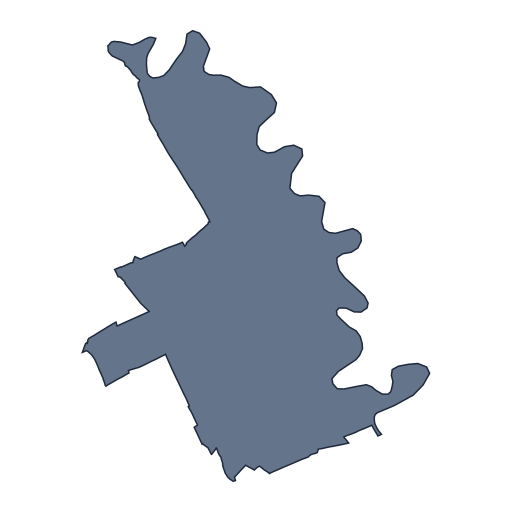 Rachiteni, Iasi, Romania
{"feature_id": "2599482B67197687394814", "entity_name": "Rachiteni", "entity_type": "district", "adm_level": 2, "iso_a3": "ROU", "parent_name": "Romania", "parent_adm1": "Iasi", "projection": "orthographic", "projection_center": [26.897, 47.06], "detail": "fine", "context": "isolated", "style": "filled", "palette": "slate", "viewbox_px": 512, "rotation_deg": 0, "n_neighbors": 0, "source": "geoboundaries", "source_scale": "gbopen_adm2", "svg_char_len": 5970}
<svg xmlns="http://www.w3.org/2000/svg" viewBox="0 0 512 512"><path d="M377.9,436.0L381.5,434.3L378.7,431.0L376.6,427.5L374.9,423.8L374.3,420.3L374.3,417.3L375.1,414.7L377.3,412.7L381.8,410.8L394.2,405.6L413.1,395.2L423.0,385.1L429.1,374.4L429.6,373.2L426.6,367.0L417.8,363.5L408.5,364.3L398.4,366.2L392.2,369.6L391.4,375.5L392.9,381.3L392.2,386.2L390.8,391.7L387.9,394.2L382.3,394.1L376.1,390.5L371.7,386.8L366.4,384.7L357.3,386.3L343.9,389.0L337.3,388.8L332.9,383.8L331.9,378.7L338.5,371.3L355.9,359.7L359.6,355.3L362.5,348.5L362.1,343.1L360.2,336.5L356.2,330.9L349.3,327.0L341.1,319.4L337.0,315.1L336.5,310.8L339.0,308.0L346.1,308.1L354.2,311.9L361.0,312.1L367.1,307.9L368.1,303.1L364.4,296.0L355.0,287.1L344.9,277.9L339.3,270.7L336.9,262.7L337.0,257.7L342.6,253.8L351.4,252.2L357.8,248.0L361.3,241.1L360.7,234.4L357.3,230.7L352.7,228.6L335.5,233.3L328.9,232.5L323.8,229.1L321.6,221.5L323.7,209.8L325.0,202.6L319.0,196.3L308.7,195.1L300.1,195.9L294.5,193.6L289.9,188.2L291.6,173.4L297.8,163.6L302.6,156.0L301.9,149.0L293.8,145.2L284.5,146.7L274.5,152.2L267.5,153.0L260.2,150.0L256.8,144.5L257.0,134.7L259.2,126.6L266.2,119.9L274.4,112.5L276.5,102.9L271.4,94.6L260.5,86.9L249.8,87.6L242.8,86.1L234.2,81.0L229.3,77.5L227.5,76.9L220.9,75.1L213.5,75.2L208.9,74.5L204.1,71.4L203.4,66.2L205.8,59.7L209.7,49.0L206.5,42.1L199.6,33.2L192.7,30.7L187.0,34.1L185.6,43.6L182.6,51.3L176.6,59.0L172.7,64.7L169.3,69.8L163.8,75.5L158.7,77.4L152.9,78.0L149.7,76.3L147.4,73.4L146.9,69.7L146.4,63.7L146.7,57.7L148.1,53.4L153.3,44.5L155.8,38.4L152.1,37.4L149.2,37.3L144.6,39.3L139.5,42.3L132.5,45.0L126.5,43.5L120.6,42.0L114.0,41.4L113.5,41.5L111.5,42.0L110.1,43.4L109.0,44.8L107.9,45.8L108.1,47.8L108.2,49.2L108.1,50.2L108.4,51.4L109.1,52.5L110.4,54.1L112.5,56.2L113.4,56.5L119.0,59.2L123.0,61.0L124.5,62.5L124.7,63.8L125.4,65.9L126.8,66.4L128.1,67.5L129.1,68.6L130.7,70.4L131.6,72.0L132.3,73.2L133.7,74.8L135.5,75.9L136.0,76.8L136.8,77.7L137.2,78.1L138.8,79.2L139.3,79.7L139.5,80.5L139.4,81.6L138.5,82.1L138.3,82.7L138.2,83.9L138.5,86.3L139.3,88.4L140.0,90.5L140.9,92.3L141.4,93.6L142.3,96.0L142.8,97.7L143.5,99.9L143.9,101.2L144.4,103.0L144.9,104.7L145.6,106.4L146.1,108.0L146.5,109.3L147.0,110.7L147.7,112.4L148.3,113.9L148.9,115.6L149.4,117.5L149.3,119.3L150.6,121.6L152.5,124.9L153.9,127.1L154.5,128.2L155.2,129.4L156.4,131.3L157.2,132.6L158.1,134.0L157.5,134.5L158.0,135.5L158.6,136.5L159.0,137.2L160.2,139.3L161.2,141.0L162.4,142.9L163.6,144.9L164.9,147.3L166.3,149.7L167.4,151.7L168.7,153.9L170.1,156.1L172.5,159.7L175.1,163.7L177.2,166.8L179.8,171.1L181.3,173.6L183.3,176.8L184.1,178.3L186.0,181.2L189.3,186.7L191.6,190.1L191.9,190.0L192.7,191.2L193.4,192.6L194.1,193.7L195.4,196.2L196.0,197.3L197.0,198.6L197.7,199.7L199.0,201.8L200.8,204.8L202.4,207.6L204.7,211.4L205.4,213.3L206.5,215.1L209.2,220.2L209.8,221.7L209.3,221.6L208.5,222.0L208.2,223.0L208.2,223.7L205.8,225.9L203.3,228.3L201.3,229.9L200.7,230.3L199.7,231.3L197.4,233.4L196.2,234.6L195.4,235.4L192.6,237.4L191.9,238.0L188.1,241.4L186.3,243.2L186.7,243.9L184.8,246.2L182.4,242.2L180.0,243.3L178.3,244.0L173.2,245.9L172.4,246.2L171.5,246.5L169.9,247.1L168.7,247.4L167.5,248.0L164.5,249.1L163.4,249.6L160.8,250.9L158.8,251.7L156.9,252.4L156.2,252.7L155.1,253.2L153.5,253.8L152.5,254.1L150.1,255.1L148.9,255.6L143.4,257.9L140.8,259.2L134.9,256.6L134.5,257.5L133.9,259.1L133.4,260.3L133.1,261.0L132.8,262.7L131.4,262.8L130.7,262.9L128.2,264.1L126.4,264.9L124.2,265.9L122.7,266.5L121.2,267.2L120.8,266.9L114.6,269.5L114.9,270.0L116.7,273.6L118.0,276.6L120.1,277.1L125.3,282.4L124.9,283.4L131.2,291.3L135.3,296.5L140.8,303.4L149.2,311.5L125.4,322.2L124.7,322.5L124.0,322.8L122.8,323.4L117.1,326.0L116.0,322.1L112.9,323.8L107.7,326.9L104.4,329.0L101.0,331.0L97.3,333.3L94.5,335.1L89.2,338.2L88.8,338.4L88.3,339.1L87.9,340.0L87.8,340.8L87.8,341.2L87.6,342.7L87.3,343.2L86.8,342.6L85.6,343.6L84.7,345.8L82.4,352.4L86.1,350.8L86.6,350.9L87.6,351.2L88.1,351.6L89.2,352.6L90.5,353.8L91.8,355.1L93.4,357.3L94.7,359.3L95.8,361.6L97.5,365.4L98.3,367.3L98.9,369.0L99.5,370.6L100.1,371.7L101.1,373.9L102.1,376.2L102.9,377.8L103.1,378.2L103.2,379.5L104.0,381.1L104.6,383.1L104.9,384.1L105.2,385.3L106.0,386.2L107.0,385.4L109.5,383.9L113.9,381.4L118.0,379.0L122.2,376.9L124.4,375.6L126.6,374.3L129.0,373.0L128.4,370.5L135.6,368.3L137.4,367.8L138.8,367.4L144.7,364.7L151.4,361.3L155.4,359.5L159.3,357.5L162.0,356.1L164.0,355.2L165.5,354.2L166.7,357.1L169.8,364.1L172.7,370.6L176.4,378.4L180.1,386.1L181.2,388.4L184.2,394.7L185.7,397.6L187.2,401.0L189.3,406.0L188.2,406.7L189.8,409.5L191.1,411.6L192.4,414.2L196.6,423.2L197.3,424.6L197.5,424.9L197.4,425.1L194.8,426.9L194.2,427.3L198.2,435.8L200.3,440.4L202.1,444.2L202.5,443.8L207.7,447.6L207.9,447.6L210.7,453.1L211.4,454.4L211.7,454.3L212.6,453.2L214.1,451.1L215.3,449.7L216.2,448.0L216.7,448.4L216.8,448.7L217.1,449.8L217.6,450.8L217.8,451.6L218.1,452.7L219.4,455.2L220.7,456.9L221.1,457.6L221.2,458.2L221.3,459.0L221.6,460.0L222.0,461.2L222.2,461.7L222.5,462.7L222.7,464.9L223.0,466.7L224.1,469.9L225.5,473.7L226.5,474.9L227.5,476.8L228.4,477.8L230.2,479.4L232.5,480.8L233.2,481.3L233.8,481.0L235.5,480.6L234.5,477.1L235.1,476.6L236.6,474.9L239.3,472.0L240.9,470.2L245.6,465.3L254.4,470.0L257.1,467.4L259.6,466.1L263.8,469.6L268.9,472.9L269.3,473.6L270.2,473.1L272.1,472.2L274.5,471.1L276.8,470.2L278.1,469.6L279.4,469.0L280.4,468.6L281.9,467.9L284.1,466.9L287.8,465.4L294.6,462.5L299.0,460.6L302.7,459.0L305.6,458.0L308.5,456.8L308.9,456.2L310.0,455.4L311.2,454.5L313.0,453.9L314.3,453.7L317.2,452.7L318.4,449.1L320.8,448.8L324.4,448.0L328.0,447.2L331.1,446.6L333.3,446.3L335.3,445.8L337.8,445.4L348.2,443.2L348.7,443.0L343.8,437.0L343.8,436.9L344.5,436.6L345.9,436.0L347.0,435.5L348.1,435.1L350.3,434.4L353.0,433.4L354.7,432.7L356.5,431.9L358.0,431.1L360.2,430.1L363.1,429.0L365.7,427.9L369.7,426.2L371.9,425.2L373.1,427.7L373.9,429.1L374.5,430.2L375.2,431.3L375.8,432.4L376.2,433.0L377.0,434.2L377.4,435.1L377.9,436.0Z" fill="#64748b" stroke="#1e293b" stroke-width="1.5"/></svg>